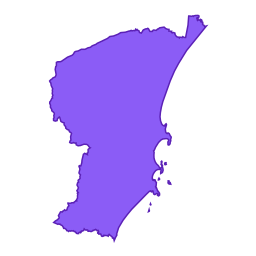 Mueang Prachuap Khiri Khan, Prachuap Khiri Khan, Thailand (Natural Earth projection)
{"feature_id": "78962969B124127950109", "entity_name": "Mueang Prachuap Khiri Khan", "entity_type": "district", "adm_level": 2, "iso_a3": "THA", "parent_name": "Thailand", "parent_adm1": "Prachuap Khiri Khan", "projection": "natural_earth1", "projection_center": [99.773, 11.859], "detail": "fine", "context": "isolated", "style": "filled", "palette": "violet", "viewbox_px": 256, "rotation_deg": 0, "n_neighbors": 0, "source": "geoboundaries", "source_scale": "gbopen_adm2", "svg_char_len": 5773}
<svg xmlns="http://www.w3.org/2000/svg" viewBox="0 0 256 256"><path d="M56.4,62.4L56.4,65.8L55.7,66.6L55.2,69.5L56.1,74.3L56.0,75.2L55.3,76.8L52.8,78.0L52.1,78.9L50.7,79.8L49.6,81.0L50.1,82.1L50.8,82.9L51.2,85.6L52.7,88.7L52.3,90.2L52.5,91.5L52.2,93.7L52.9,95.2L52.2,96.9L52.6,98.0L51.8,98.5L50.5,101.2L49.8,101.9L49.7,103.3L50.5,105.2L50.4,107.2L51.7,109.5L51.8,110.8L53.8,112.5L54.3,113.4L54.3,114.3L53.8,115.3L54.1,117.6L53.5,118.6L53.6,120.5L55.3,121.1L57.1,120.6L57.5,118.7L59.3,117.0L59.7,117.3L60.9,121.4L62.5,122.4L64.1,122.8L64.1,124.8L65.7,126.8L65.7,128.1L67.4,129.6L68.7,129.9L69.6,131.9L70.8,132.5L71.5,133.4L70.6,136.8L70.9,140.1L70.0,141.1L69.7,142.5L71.2,143.2L73.1,142.9L73.9,142.2L73.7,142.7L75.4,143.2L76.0,143.0L76.2,144.8L78.1,145.8L80.5,145.5L84.0,144.2L86.8,144.4L88.0,145.3L89.6,147.5L90.2,147.8L88.1,149.4L88.1,152.3L87.4,153.3L87.2,153.3L87.4,154.6L84.7,153.3L83.4,154.3L82.0,160.2L81.8,162.7L80.9,165.7L80.7,166.0L79.4,165.6L79.1,165.9L79.0,166.7L79.5,167.5L79.9,169.2L79.0,172.7L79.2,173.5L80.5,174.9L79.9,176.4L80.1,178.3L79.5,179.1L78.2,180.2L78.1,180.9L78.6,182.1L77.6,182.8L77.0,185.0L78.4,187.7L77.6,189.8L76.9,190.4L77.0,191.0L78.2,192.6L77.7,192.7L77.3,193.2L77.8,194.2L77.5,195.4L77.5,198.2L76.7,199.4L76.7,200.9L75.8,200.6L75.5,201.2L74.1,202.1L73.8,202.8L71.8,202.7L71.2,203.1L69.6,203.3L68.0,203.0L67.9,203.5L68.9,205.8L67.6,207.3L66.8,210.0L65.3,210.5L64.6,209.8L63.5,210.9L62.8,211.1L62.2,212.0L61.0,211.8L60.5,211.9L58.4,215.7L59.2,217.3L59.0,218.1L57.5,219.7L55.3,221.0L53.7,222.5L57.9,224.3L58.9,223.9L59.4,224.3L60.4,224.3L61.0,225.1L62.1,225.5L63.0,226.7L63.7,228.4L64.6,228.3L66.3,229.5L66.7,230.6L67.7,230.7L68.5,231.5L69.8,230.7L70.8,231.2L71.7,230.7L72.7,231.0L73.4,230.7L74.1,231.5L75.0,231.5L75.2,232.0L76.1,232.5L76.3,233.2L77.2,233.6L78.3,233.6L78.2,233.3L79.4,232.3L80.3,232.8L80.7,232.7L81.1,232.2L80.9,231.4L81.6,231.0L82.1,231.2L82.6,230.8L83.6,230.6L84.2,228.9L84.8,229.6L86.1,230.2L86.8,229.8L87.7,230.1L88.0,230.6L87.9,231.1L88.2,231.3L89.6,231.1L90.6,231.5L91.5,231.5L92.7,230.8L92.9,230.4L93.8,230.5L94.3,229.8L95.3,229.9L95.7,229.4L96.7,230.1L97.0,230.7L97.7,230.7L98.1,230.4L98.4,230.8L98.6,231.6L97.7,232.6L97.7,233.1L98.6,233.0L98.8,234.1L100.7,234.0L101.5,236.0L102.1,236.4L103.0,236.3L103.2,235.8L103.8,235.9L103.9,235.3L106.9,235.6L108.1,236.1L108.0,235.4L109.0,235.1L109.1,234.4L109.4,234.4L109.6,234.9L112.1,236.8L112.5,238.1L113.6,238.0L114.2,240.6L115.6,237.3L116.9,235.0L116.6,234.1L118.6,227.7L123.0,220.3L127.4,214.5L131.7,209.3L146.3,194.3L149.2,191.5L150.4,190.9L150.8,190.8L151.0,191.6L151.6,191.9L152.8,190.9L153.1,191.2L153.1,192.2L153.9,194.2L154.8,194.6L157.0,193.3L157.9,194.0L157.3,195.8L157.7,195.4L158.3,195.8L158.5,195.5L158.9,195.7L159.6,195.0L159.5,193.2L158.0,191.0L157.6,190.9L156.6,188.1L156.3,188.1L156.3,187.5L155.6,186.9L155.6,186.4L156.1,186.1L156.4,182.3L155.6,181.7L155.2,180.0L154.6,179.8L154.2,180.3L153.7,179.7L153.2,180.3L152.8,180.1L152.3,178.9L152.3,177.5L152.5,176.0L153.3,173.9L154.6,171.9L155.9,170.4L157.9,169.4L160.8,169.5L161.1,170.5L160.7,172.0L160.7,173.5L162.4,172.5L163.1,170.4L163.0,169.0L162.6,167.4L162.0,166.9L161.6,167.0L160.8,168.2L159.6,167.8L158.4,165.7L156.6,164.0L155.3,162.0L154.6,160.2L154.0,157.9L153.9,155.0L154.1,152.3L153.6,150.8L154.3,150.2L155.6,147.1L158.5,142.5L161.1,139.9L162.8,139.0L166.3,138.6L167.5,138.8L168.3,139.4L168.8,140.1L167.9,142.0L168.0,144.7L168.3,145.0L169.4,144.8L170.1,143.7L170.2,142.3L170.8,140.8L170.6,139.6L171.2,137.5L171.0,136.6L170.3,135.9L169.2,133.6L168.0,132.9L167.1,133.6L166.2,132.9L165.7,132.0L165.3,129.0L166.5,124.8L166.3,124.1L166.1,123.8L165.1,124.6L164.8,126.0L163.5,125.7L162.4,124.9L161.6,123.7L160.5,120.7L160.0,116.8L160.4,112.5L161.4,107.0L162.8,101.7L170.2,80.9L174.5,71.0L178.6,63.4L186.6,50.5L206.4,26.0L204.6,26.5L204.1,25.4L203.1,24.9L202.5,24.0L202.9,23.2L202.6,22.2L202.1,22.3L201.8,21.9L200.8,21.7L200.9,20.5L201.8,20.5L201.6,19.9L200.3,19.3L199.7,20.3L198.3,19.7L197.6,20.5L197.4,20.3L197.2,19.7L197.5,18.8L196.9,18.5L197.0,17.8L197.6,17.6L198.0,18.3L198.5,17.9L199.0,16.8L198.8,15.7L197.9,15.4L195.5,15.5L194.0,15.8L193.3,16.4L192.8,15.9L191.0,16.4L190.2,16.0L188.7,16.0L188.0,25.2L185.6,37.5L183.9,37.4L182.8,36.6L182.1,37.6L181.3,37.3L179.7,37.2L179.3,37.9L178.7,37.2L177.3,37.0L176.4,36.4L175.4,35.1L174.8,33.8L175.0,33.2L173.9,32.6L173.0,32.5L172.3,32.9L171.8,32.7L171.3,32.1L171.6,31.3L168.9,31.1L169.0,29.4L167.7,29.3L165.8,28.6L164.1,27.1L159.7,27.8L158.0,29.1L157.6,29.0L156.2,30.4L153.7,30.0L152.9,30.4L152.4,31.4L151.7,31.3L151.3,31.5L149.9,31.4L148.5,28.8L147.8,28.3L147.2,28.7L145.1,29.0L144.4,29.6L143.6,29.7L142.8,30.5L142.7,31.0L141.3,33.1L139.5,32.5L138.9,30.7L137.8,30.3L137.1,29.5L136.7,30.1L135.6,29.2L135.1,30.6L134.7,30.7L133.7,30.5L131.9,30.9L131.3,30.4L130.2,30.7L129.9,31.1L128.8,31.1L125.4,32.2L120.7,32.6L118.1,34.2L113.5,36.0L109.9,36.5L107.4,38.5L97.2,43.3L96.0,44.3L92.2,45.8L90.4,47.3L88.0,47.8L85.1,49.3L81.3,49.3L78.3,50.9L75.4,51.5L74.5,52.1L73.4,54.1L72.1,55.3L67.6,57.1L61.3,61.4L60.3,61.7L57.5,61.8L56.4,62.4ZM169.1,181.8L168.9,180.8L168.1,180.9L168.2,181.8L168.0,182.8L168.3,183.4L168.7,183.8L169.7,184.1L169.9,183.8L170.3,184.0L170.4,183.7L170.6,183.8L170.2,182.6L169.1,181.8ZM166.0,162.7L165.1,162.7L164.7,163.4L164.6,164.1L164.9,164.6L165.6,164.7L166.3,164.3L165.9,163.3L166.0,162.7ZM159.5,179.5L159.6,179.0L159.0,178.1L158.4,179.2L158.4,179.9L159.5,179.5ZM161.4,162.7L162.1,162.0L161.7,161.2L161.1,161.8L161.4,162.7ZM149.3,211.2L149.4,210.8L149.1,209.6L148.5,211.6L149.3,211.2ZM162.2,166.2L162.5,166.0L162.5,165.5L161.9,164.9L161.7,165.4L162.2,166.2ZM161.4,164.8L161.9,164.3L161.5,163.0L161.3,164.0L161.0,164.2L161.4,164.8ZM150.9,204.7L150.5,203.7L150.2,204.6L150.5,204.9L150.9,204.7Z" fill="#8b5cf6" stroke="#5b21b6" stroke-width="1.5"/></svg>